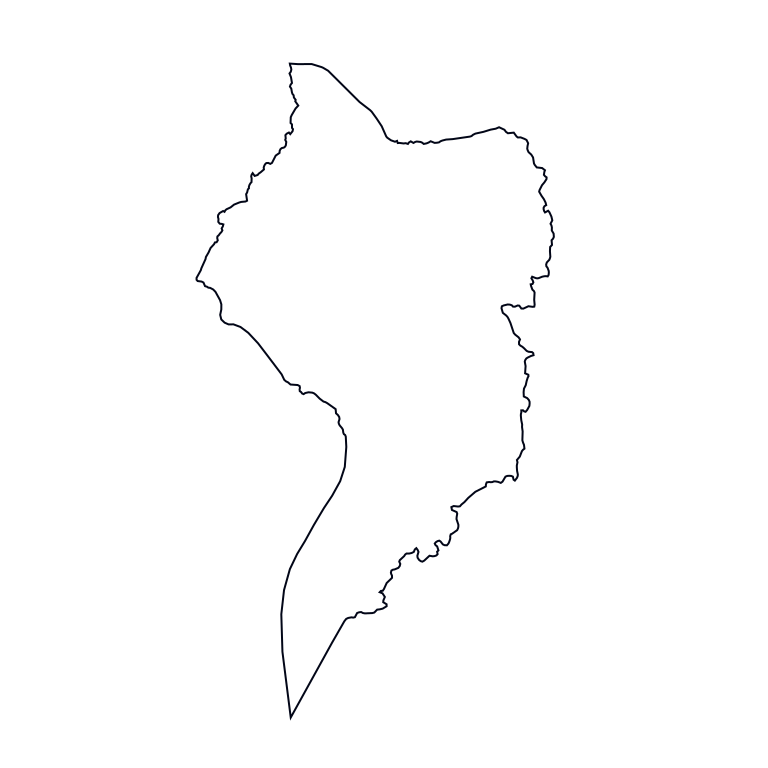 the district of Nyakach, Nyanza, Kenya, rotated 266°
{"feature_id": "3690345B60685501176062", "entity_name": "Nyakach", "entity_type": "district", "adm_level": 2, "iso_a3": "KEN", "parent_name": "Kenya", "parent_adm1": "Nyanza", "projection": "mercator", "projection_center": [34.915, -0.319], "detail": "fine", "context": "isolated", "style": "outline", "palette": "ink", "viewbox_px": 768, "rotation_deg": 266, "n_neighbors": 0, "source": "geoboundaries", "source_scale": "gbopen_adm2", "svg_char_len": 6165}
<svg xmlns="http://www.w3.org/2000/svg" viewBox="0 0 768 768"><g transform="rotate(266 384 384)"><path d="M632.1,516.7L630.9,513.3L630.3,508.1L628.6,500.8L627.4,492.6L626.4,490.2L625.2,488.6L624.8,486.9L623.5,469.6L623.5,463.0L622.8,459.2L622.2,457.3L621.2,455.7L621.0,453.7L621.0,451.3L622.9,447.5L621.8,445.4L621.1,443.3L620.7,440.4L622.1,438.9L622.9,437.4L623.6,433.6L623.3,432.0L622.4,430.2L624.2,427.6L623.1,425.6L621.8,424.6L622.7,422.5L622.6,420.3L623.4,416.3L623.4,414.5L625.6,414.0L624.9,411.9L626.6,408.0L629.5,404.4L630.8,403.5L641.3,399.7L649.6,395.0L656.5,390.7L658.1,389.3L667.0,379.3L700.4,350.1L703.7,345.3L704.5,343.8L708.2,334.2L709.1,320.4L710.2,312.4L708.3,312.6L706.1,313.3L704.1,313.5L702.0,312.8L700.4,311.4L696.6,312.6L690.7,313.2L689.1,311.7L687.2,310.9L685.2,312.1L681.4,312.5L679.8,312.9L678.3,314.0L676.1,314.1L673.6,315.7L672.2,315.2L667.7,317.9L665.0,315.0L658.7,310.7L656.6,309.6L650.9,309.0L649.4,310.3L645.9,310.1L644.6,311.0L642.5,310.4L639.8,307.9L641.5,306.7L640.5,304.4L639.1,303.0L635.8,303.1L634.4,302.5L632.3,303.4L628.9,302.7L627.7,301.9L626.8,300.6L626.5,298.5L625.5,297.1L623.9,296.2L621.8,295.9L619.4,291.9L612.4,287.7L611.5,285.9L612.6,284.0L612.6,282.0L611.4,280.6L609.9,279.7L608.4,279.1L606.4,279.2L603.8,275.7L602.6,273.7L601.3,272.5L600.6,269.5L603.5,267.7L602.1,266.6L600.5,266.0L598.3,266.3L594.6,265.9L593.6,264.8L592.0,263.7L590.3,263.0L588.6,262.9L587.7,261.8L584.6,260.8L583.0,259.7L576.4,260.2L575.7,258.6L575.6,254.3L575.2,252.4L573.4,246.9L570.9,243.3L569.3,239.1L568.3,237.8L566.9,236.9L567.8,235.6L566.0,231.9L564.0,230.3L562.1,230.0L560.2,230.4L557.3,230.0L555.4,231.3L555.0,233.4L554.4,234.9L552.4,234.2L550.5,232.9L548.5,233.5L546.8,232.3L545.6,230.9L544.1,229.7L542.8,228.1L541.2,227.8L538.9,228.2L537.1,226.9L537.0,225.2L535.3,224.2L531.8,220.5L527.5,218.2L523.1,215.2L521.1,214.7L512.2,209.9L510.3,209.2L502.9,204.4L501.0,204.3L499.7,205.3L498.9,209.2L497.8,211.0L494.1,212.3L493.4,214.2L492.4,215.4L492.0,217.3L490.2,220.2L487.7,222.3L479.1,226.3L474.8,227.3L469.7,226.9L464.4,225.4L459.7,226.2L456.3,229.3L454.3,233.1L454.0,238.0L450.9,244.8L444.5,252.2L433.4,261.2L420.5,269.7L400.7,282.6L395.1,284.8L393.4,286.5L392.4,288.3L390.0,290.7L389.0,297.8L387.8,299.7L386.0,299.9L384.5,299.4L382.7,299.5L381.8,300.7L380.2,301.7L379.5,303.1L380.5,304.8L381.0,308.1L380.4,311.8L379.6,313.5L378.1,315.2L373.9,318.8L370.7,322.4L370.0,324.3L368.8,326.1L362.3,334.0L358.1,334.1L356.2,335.9L354.2,337.0L352.2,337.2L349.1,336.0L347.5,336.2L345.8,336.9L343.1,338.9L341.4,339.8L338.3,340.0L336.8,340.5L335.8,341.7L334.2,342.2L323.8,342.0L304.0,339.1L290.1,333.5L276.2,324.5L264.4,315.4L248.4,304.3L232.8,294.2L220.5,285.5L205.9,277.2L185.4,269.9L161.5,265.5L124.0,264.0L57.8,267.7L129.5,314.1L150.1,327.9L152.3,329.9L153.1,331.9L153.3,333.5L153.5,335.3L153.1,337.0L153.4,338.7L157.4,341.2L158.0,343.2L158.1,345.3L157.0,347.0L156.5,349.0L156.3,356.4L156.7,358.4L159.4,361.4L159.5,364.0L160.0,367.0L162.1,371.1L164.1,371.2L166.4,368.0L168.2,368.3L171.5,370.0L175.3,367.9L176.6,365.2L177.8,366.5L177.8,368.3L179.4,369.6L185.3,372.8L190.1,378.5L192.4,378.6L193.8,378.0L195.3,377.7L197.4,378.4L198.1,379.8L198.3,381.7L199.6,385.5L201.3,387.0L203.4,387.7L205.7,386.8L207.2,387.5L210.9,392.1L212.4,393.2L213.3,394.6L213.1,397.2L213.5,399.8L214.4,402.0L216.8,403.2L218.0,404.8L216.1,406.0L214.1,406.7L210.3,405.3L208.4,405.4L206.1,406.7L204.7,408.3L204.1,409.9L205.0,411.8L209.5,417.4L208.7,420.6L208.8,422.5L209.3,424.3L210.5,425.6L213.0,425.3L214.2,426.7L218.3,425.7L219.6,424.2L221.3,423.5L222.5,424.6L223.5,426.4L223.9,428.2L222.9,429.5L219.9,431.5L219.0,433.1L218.7,435.5L220.4,437.2L222.1,438.1L224.3,439.0L225.8,439.4L227.6,439.4L229.4,440.1L229.9,441.5L233.1,446.8L234.7,447.7L236.3,448.2L238.3,448.4L244.2,446.9L246.3,447.2L249.5,448.0L251.2,447.5L253.6,443.0L256.5,442.6L257.4,445.0L256.6,449.3L256.7,451.2L258.4,452.9L260.6,456.0L264.5,460.1L270.1,467.6L274.7,478.4L276.8,478.7L278.7,479.6L278.9,482.0L278.6,483.6L278.6,485.2L279.2,486.9L279.0,488.7L278.4,491.0L277.2,493.6L278.3,495.4L283.1,498.7L283.7,500.5L283.7,502.5L283.4,504.5L282.6,506.1L279.5,506.6L278.5,507.8L281.1,510.1L283.0,511.0L284.4,511.2L288.0,510.7L291.5,510.7L293.4,510.8L296.6,511.7L298.9,511.3L302.1,514.4L307.4,516.9L308.7,518.1L309.7,519.6L313.5,519.4L315.9,518.6L318.2,518.1L327.0,519.0L331.5,518.7L333.9,519.0L338.3,518.4L343.0,518.3L344.6,518.5L346.4,519.1L348.1,519.1L348.1,520.8L346.9,521.9L346.4,523.3L348.1,525.0L352.0,527.5L354.3,527.9L356.1,528.0L357.9,527.4L359.9,525.9L361.8,522.6L366.1,522.7L369.6,523.3L372.9,525.3L377.0,526.5L380.3,527.8L381.7,528.7L383.2,528.6L384.8,525.5L392.0,526.5L396.5,526.0L397.9,526.5L399.5,527.7L400.3,529.1L401.7,532.6L402.3,535.2L404.4,535.0L405.5,533.9L406.1,530.4L407.1,528.6L409.9,526.2L411.5,524.6L412.8,522.7L414.2,521.5L416.6,521.6L419.0,522.8L421.2,521.5L424.1,518.3L425.8,517.0L436.0,514.4L440.8,512.6L442.4,511.8L443.9,510.6L446.7,507.5L451.4,506.5L453.3,507.0L454.0,508.8L454.7,512.9L454.4,515.1L453.6,517.0L452.2,518.1L452.0,520.0L453.0,522.8L452.7,524.4L449.7,526.3L449.5,528.3L451.5,533.5L450.6,537.7L450.7,539.3L452.6,539.8L457.5,539.7L464.7,540.6L466.2,540.1L467.8,538.6L471.7,537.5L473.2,537.3L473.4,539.1L475.0,540.1L476.9,539.6L479.2,538.4L480.7,539.3L479.1,542.7L478.7,544.1L478.8,545.6L480.0,549.3L480.3,551.4L480.3,553.1L479.9,554.8L481.3,555.8L483.5,556.2L485.3,556.2L488.7,555.2L490.0,554.2L491.9,554.1L493.9,554.9L496.4,557.6L497.9,558.3L499.3,558.8L504.9,558.8L509.1,559.3L511.0,561.3L515.7,561.2L517.2,562.8L518.9,563.7L522.2,563.7L525.4,562.1L528.4,562.4L530.5,562.1L532.2,561.3L535.5,563.3L539.3,562.7L543.8,561.0L545.4,559.8L543.9,556.6L545.4,555.8L547.4,555.4L548.9,555.6L550.3,556.6L551.1,558.3L553.8,557.8L557.2,556.4L560.7,554.3L565.0,552.2L566.6,552.7L571.3,555.5L574.0,558.1L577.1,560.4L578.8,560.6L580.0,559.2L581.5,558.1L584.5,558.8L586.0,559.5L588.4,556.8L589.4,551.5L592.0,549.7L593.5,549.0L599.6,548.5L602.6,546.9L605.2,544.4L607.0,543.7L608.7,543.3L611.5,543.8L614.1,544.6L617.5,543.2L618.7,541.3L620.5,537.5L620.6,534.7L621.7,533.5L625.7,531.0L625.5,525.1L627.1,523.2L629.2,521.9L632.1,516.7Z" fill="none" stroke="#020617" stroke-width="2"/></g></svg>